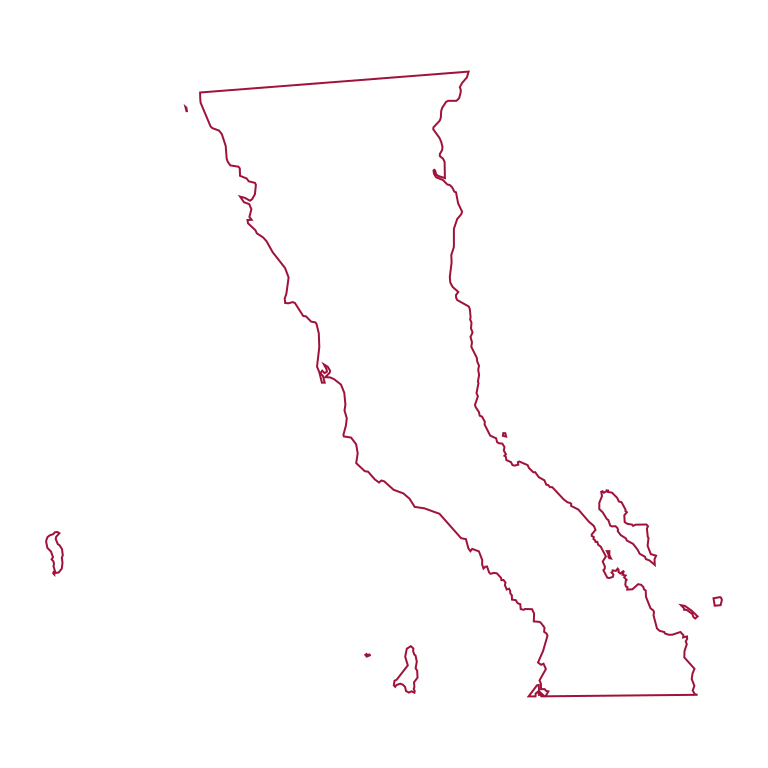 SVG path tracing the border of Baja California
{"feature_id": "MEX-2706", "entity_name": "Baja California", "entity_type": "State", "adm_level": 1, "iso_a3": "MEX", "parent_name": "Mexico", "parent_adm1": "", "projection": "albers", "projection_center": [-114.611, 30.356], "detail": "fine", "context": "isolated", "style": "outline", "palette": "rose", "viewbox_px": 768, "rotation_deg": 0, "n_neighbors": 0, "source": "natural_earth", "source_scale": "10m", "svg_char_len": 6097}
<svg xmlns="http://www.w3.org/2000/svg" viewBox="0 0 768 768"><path d="M468.6,71.6L466.9,77.4L462.2,82.8L459.8,87.2L460.8,89.9L460.6,92.8L459.1,98.3L456.4,100.8L448.2,100.8L446.0,102.0L442.2,107.8L441.2,110.9L440.8,117.8L439.7,120.7L433.5,127.3L433.2,129.2L439.4,137.8L441.3,142.1L442.5,147.2L442.1,150.1L439.8,154.1L439.9,156.2L443.0,158.6L444.6,161.8L444.9,178.1L438.4,176.0L436.1,174.4L435.1,170.5L434.2,169.8L433.5,170.5L434.0,173.7L436.1,177.3L442.9,180.0L447.2,184.4L449.9,185.1L452.1,187.3L454.4,191.7L456.0,192.3L458.1,203.3L462.1,211.7L461.2,214.3L457.2,219.0L453.9,228.8L453.9,247.0L451.3,255.0L451.6,262.5L449.8,277.0L450.3,282.6L452.5,286.8L458.3,292.0L456.0,295.0L456.1,297.8L457.3,300.1L468.8,306.5L469.9,309.5L470.6,317.4L470.1,319.4L471.5,322.6L471.0,328.5L472.6,332.5L470.5,336.9L472.0,342.3L471.3,346.8L476.8,357.8L477.3,361.8L479.0,365.7L478.2,369.9L479.1,375.0L477.9,381.6L478.5,383.0L476.5,393.1L477.9,396.3L475.0,404.8L475.6,407.0L479.0,412.2L479.7,415.7L482.0,416.6L484.8,421.7L484.6,424.5L490.2,435.6L496.1,438.3L497.1,442.1L498.7,443.2L502.3,443.6L504.5,447.1L503.8,450.6L505.9,454.2L504.4,455.8L505.7,456.5L506.4,460.1L510.9,462.1L512.5,465.1L514.4,465.6L518.3,464.7L517.9,462.2L519.3,461.5L527.6,465.1L529.0,468.1L533.4,472.3L535.2,472.2L538.8,477.2L544.4,480.3L546.3,484.7L548.2,485.1L550.0,487.1L552.3,487.2L563.6,499.3L567.3,502.2L570.4,503.1L571.2,503.9L571.1,505.9L578.3,509.5L588.8,521.6L593.9,526.0L595.5,529.9L591.7,534.5L591.8,536.0L593.8,537.1L593.5,539.1L595.0,540.2L595.5,541.9L597.3,541.8L598.1,544.7L600.7,546.6L605.9,556.5L602.7,561.5L604.9,566.6L604.7,568.8L603.4,570.2L607.3,577.7L609.7,578.0L612.9,576.8L613.4,574.5L611.6,572.5L612.4,572.1L612.6,570.4L615.9,570.9L617.7,568.6L618.7,570.0L618.4,571.9L620.3,573.5L623.2,571.2L623.7,571.7L622.5,574.7L625.6,575.5L624.1,577.3L626.6,579.9L625.8,580.6L625.3,584.7L626.0,586.5L627.5,587.2L627.2,589.6L632.4,589.3L638.1,584.2L641.2,584.8L643.5,587.2L643.8,589.1L645.7,590.5L646.0,596.9L650.5,608.3L653.3,610.4L654.0,612.2L653.5,615.3L657.0,628.5L659.6,630.8L664.4,632.1L664.8,633.4L668.9,634.8L672.4,634.7L680.4,632.0L683.5,635.3L683.1,637.4L687.0,636.5L687.2,638.9L685.7,641.4L686.8,644.2L684.5,651.1L684.3,657.4L694.5,668.8L692.6,673.3L691.7,678.9L694.4,685.9L692.7,690.6L695.0,694.4L697.6,694.8L545.5,696.3L548.4,691.4L546.0,690.8L544.6,689.1L541.1,689.1L540.8,683.3L539.5,680.4L545.9,669.0L543.5,663.7L541.1,664.8L538.0,662.5L543.1,650.9L547.5,635.6L546.5,633.5L544.1,631.8L544.5,627.7L541.2,623.2L539.6,621.9L533.8,621.4L534.1,613.5L532.0,609.2L525.0,609.0L523.7,609.8L520.7,609.1L520.3,604.2L517.6,603.2L515.8,600.2L512.0,599.6L511.8,595.2L510.3,593.4L510.2,591.1L509.1,588.7L506.7,589.5L504.9,585.1L505.5,582.5L503.5,580.0L501.4,580.2L501.1,577.9L496.8,573.3L493.9,572.9L490.7,573.8L489.2,572.6L487.0,566.5L485.4,566.7L483.5,568.5L482.1,564.3L482.2,559.9L478.9,551.4L472.2,548.9L470.4,551.2L468.4,548.4L465.9,539.1L461.1,538.2L439.5,513.8L424.3,508.3L414.7,506.9L409.6,498.8L403.4,493.4L393.6,489.8L384.3,481.4L381.4,480.5L379.0,482.5L374.7,479.3L368.1,471.7L364.8,471.2L356.2,463.1L357.7,453.2L356.1,444.2L351.1,437.6L343.8,436.4L343.4,434.8L345.9,425.6L346.8,418.3L344.5,410.5L345.4,404.6L344.3,392.9L341.0,384.6L334.1,379.2L330.1,377.4L325.3,377.2L329.7,372.7L330.1,370.8L327.8,366.8L323.9,364.4L326.7,369.6L326.9,371.7L324.5,373.1L322.2,370.7L320.8,372.7L320.8,373.8L322.9,375.9L324.7,382.7L321.9,382.7L319.2,371.8L317.0,366.7L319.3,347.1L318.8,333.4L316.5,323.8L315.4,322.4L311.1,321.6L305.9,316.3L303.2,316.0L295.0,303.1L292.9,302.1L288.4,303.3L285.2,303.0L284.7,298.6L286.4,293.6L288.6,277.5L285.1,268.1L272.6,252.1L266.6,241.3L263.2,237.5L256.8,233.3L255.4,230.2L248.0,223.3L247.5,220.0L251.6,219.8L249.4,216.9L251.4,209.2L249.2,204.1L243.9,202.2L240.1,196.6L244.7,197.8L250.0,200.7L252.1,199.2L254.9,194.3L255.9,184.9L255.0,182.9L248.7,181.3L246.7,178.5L240.0,175.8L239.8,168.4L238.4,166.7L230.3,165.4L227.8,161.8L226.7,158.9L225.7,146.0L221.9,134.3L219.1,130.6L212.3,128.1L210.6,126.5L200.6,102.7L200.2,97.9L200.1,92.5L468.6,71.6ZM650.8,554.1L656.1,555.7L654.5,559.3L654.8,564.9L649.6,560.5L645.9,559.1L644.9,556.7L639.7,553.8L637.4,549.4L633.0,543.8L626.8,540.5L625.8,538.3L620.7,535.1L617.7,531.0L618.1,529.8L617.3,527.9L615.5,526.2L611.8,526.4L610.2,525.5L608.3,520.0L606.8,519.0L602.6,512.2L599.3,509.1L599.3,502.8L602.0,496.1L601.2,491.8L602.5,491.2L603.7,492.7L606.6,491.3L606.6,490.4L608.1,490.5L608.1,492.0L612.1,492.7L617.2,497.9L618.8,501.4L621.6,502.3L625.6,509.8L625.4,511.0L626.9,512.2L624.3,515.3L624.7,522.1L627.5,523.9L632.1,524.6L633.1,525.9L635.5,524.7L646.4,524.5L648.0,526.3L646.9,528.5L647.8,537.1L648.5,537.8L647.6,545.8L650.8,554.1ZM413.1,651.1L414.3,654.6L415.5,655.4L416.8,661.7L415.6,668.2L417.2,670.8L417.5,677.7L414.0,682.3L414.4,687.0L413.7,688.9L414.7,691.0L414.4,692.7L411.5,691.3L409.0,692.6L406.0,691.0L405.1,687.0L402.9,684.7L400.2,683.7L396.3,685.1L395.2,686.8L393.8,685.3L394.5,680.8L396.7,679.7L407.8,665.4L405.2,656.7L406.8,648.7L410.8,646.2L413.4,648.5L413.1,651.1ZM59.6,545.3L62.0,549.1L62.8,555.3L61.8,557.8L62.5,562.7L61.8,568.5L58.7,572.5L54.3,573.1L54.3,574.5L53.2,573.3L53.7,571.8L55.0,571.3L53.5,566.2L54.0,563.9L53.4,561.3L51.6,559.4L53.0,557.2L51.0,551.6L47.4,547.9L46.1,541.6L46.6,539.3L47.6,537.0L50.0,535.2L53.2,534.2L54.8,532.3L57.4,532.0L59.4,533.2L56.1,536.9L55.7,539.0L57.8,544.1L59.6,545.3ZM713.5,598.3L720.0,597.1L721.1,597.8L721.9,599.9L720.6,605.2L714.7,605.7L713.5,598.3ZM528.6,696.4L537.0,685.3L538.7,685.0L539.1,690.7L535.7,693.5L535.5,696.4L528.6,696.4ZM681.0,605.2L684.9,605.9L691.4,610.5L697.6,616.4L695.2,618.5L693.4,617.0L692.3,614.0L687.0,610.1L684.1,609.7L684.4,608.8L681.0,605.2ZM541.3,696.3L540.3,694.6L539.0,694.9L538.6,693.4L540.1,692.3L544.5,696.3L541.3,696.3ZM606.8,551.1L609.4,551.1L609.3,555.0L611.0,558.5L609.2,558.1L608.3,556.3L608.9,555.3L606.8,551.1ZM503.3,433.1L505.3,433.2L506.1,436.6L502.9,435.8L503.3,433.1ZM366.5,654.0L367.1,655.0L369.5,654.5L369.9,655.3L366.7,656.6L365.3,654.9L366.5,654.0ZM185.4,106.8L186.4,107.7L186.9,111.1L186.5,111.1L185.4,106.8Z" fill="none" stroke="#9f1239" stroke-width="2"/></svg>